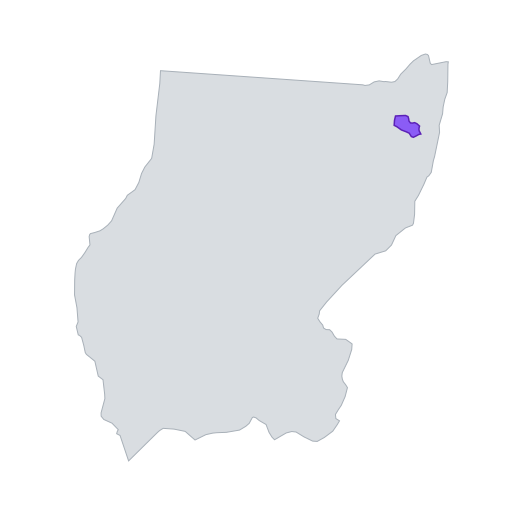 location of Bushenyi within Uganda, rotated 184°
{"feature_id": "UGA-3366", "entity_name": "Bushenyi", "entity_type": "District", "adm_level": 1, "iso_a3": "UGA", "parent_name": "Uganda", "parent_adm1": "", "projection": "robinson", "projection_center": [30.086, -0.492], "detail": "fine", "context": "in_parent", "style": "filled", "palette": "violet", "viewbox_px": 512, "rotation_deg": 184, "n_neighbors": 0, "source": "natural_earth", "source_scale": "10m", "svg_char_len": 2630}
<svg xmlns="http://www.w3.org/2000/svg" viewBox="0 0 512 512"><g transform="rotate(184 256 256)"><path d="M364.2,434.2L356.9,434.2L345.2,434.2L333.4,434.2L321.6,434.2L309.9,434.2L298.1,434.2L286.3,434.2L274.5,434.2L262.8,434.2L251.0,434.2L239.2,434.2L227.5,434.2L215.7,434.2L203.9,434.2L192.2,434.2L180.4,434.2L168.6,434.2L161.7,434.2L160.3,434.0L159.3,433.7L154.9,434.6L150.3,437.9L145.4,439.3L140.2,438.8L139.5,439.1L136.9,439.0L133.0,438.8L129.6,439.7L127.0,442.5L124.3,447.5L119.4,453.1L115.7,458.1L112.5,461.7L105.1,467.6L101.1,469.3L99.1,469.0L97.9,467.9L95.6,460.4L94.2,459.2L79.9,463.1L77.7,463.1L77.9,460.8L76.9,443.2L76.7,432.4L78.6,425.6L79.7,417.8L79.8,410.9L82.4,399.2L81.5,392.2L84.8,367.6L85.7,363.6L87.0,351.7L89.2,348.1L91.0,346.6L93.5,339.3L98.2,327.7L101.4,321.7L100.7,308.6L101.2,299.7L102.0,297.7L108.9,294.4L117.9,286.1L121.6,276.4L127.0,270.2L137.4,266.2L168.1,232.9L182.4,215.0L188.7,205.8L188.9,202.5L190.1,198.2L187.6,194.8L184.6,191.7L183.6,188.9L181.0,187.5L177.4,187.6L174.9,185.5L172.2,181.5L169.4,178.9L160.7,179.1L154.0,175.0L154.0,169.4L156.7,158.3L161.8,145.7L162.0,142.2L161.3,139.2L160.1,136.6L157.8,134.1L155.6,131.1L157.3,121.9L160.5,113.0L163.1,108.5L165.7,103.5L165.0,99.4L161.2,97.4L163.2,93.4L167.2,86.6L175.1,79.8L182.0,75.3L186.6,75.3L195.5,78.9L203.7,83.2L208.1,83.4L213.5,81.6L224.7,74.0L227.4,76.4L230.7,81.0L234.2,88.6L241.3,92.1L244.6,94.5L247.1,95.2L248.4,94.6L251.1,88.6L254.3,85.4L260.3,81.2L273.4,78.0L282.8,77.0L286.8,76.3L293.5,74.3L304.0,68.2L314.4,76.1L325.7,77.6L336.6,77.6L339.9,75.2L341.8,73.3L353.3,60.3L368.8,42.7L379.1,67.5L382.6,69.0L382.2,71.1L381.3,73.2L388.0,79.2L396.4,82.3L399.3,85.4L399.6,88.7L396.8,103.2L397.3,107.4L400.0,121.9L405.0,125.2L409.4,139.8L418.3,146.0L419.6,147.8L421.6,154.9L424.3,162.7L426.5,164.5L427.8,164.9L430.4,173.2L428.9,177.8L431.0,191.9L434.3,204.5L435.2,219.5L435.3,226.1L435.2,230.2L434.4,235.9L432.8,239.2L430.0,242.4L426.9,247.5L424.1,252.9L422.4,255.5L423.8,263.7L423.4,265.8L422.7,266.8L418.7,268.1L413.5,270.2L410.4,272.4L406.0,276.5L402.5,281.0L397.8,294.1L390.0,304.3L388.6,307.6L381.3,313.7L378.0,321.2L375.9,330.4L373.1,337.0L366.9,346.1L365.4,360.4L365.6,388.9L364.0,421.4L364.2,434.2Z" fill="#d9dde1" stroke="#a8b0b8" stroke-width="1"/><path d="M101.9,397.0L102.2,395.8L102.3,393.9L102.0,392.3L100.1,389.2L102.1,388.6L104.7,386.9L107.3,385.4L109.4,386.0L111.7,389.2L114.9,390.4L119.8,391.9L124.5,394.8L127.3,396.0L127.3,401.0L126.6,405.4L122.1,406.0L116.7,406.6L114.1,405.7L113.3,403.6L112.8,401.3L111.2,399.5L109.1,399.5L107.1,400.1L104.7,399.2L101.9,397.0Z" fill="#8b5cf6" stroke="#5b21b6" stroke-width="1.5"/></g></svg>